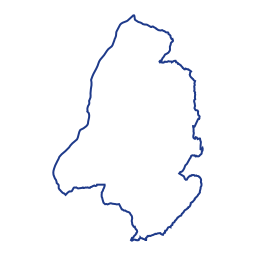 outline of Cantá, Roraima, Brazil
{"feature_id": "56859067B96809433699135", "entity_name": "Cantá", "entity_type": "district", "adm_level": 2, "iso_a3": "BRA", "parent_name": "Brazil", "parent_adm1": "Roraima", "projection": "natural_earth1", "projection_center": [-60.462, 2.296], "detail": "fine", "context": "isolated", "style": "outline", "palette": "blue", "viewbox_px": 256, "rotation_deg": 0, "n_neighbors": 0, "source": "geoboundaries", "source_scale": "gbopen_adm2", "svg_char_len": 5876}
<svg xmlns="http://www.w3.org/2000/svg" viewBox="0 0 256 256"><path d="M89.1,100.9L89.3,102.9L89.2,103.9L88.7,105.0L88.0,106.1L87.4,108.3L87.4,110.2L87.6,110.8L87.3,111.5L88.7,113.0L89.0,114.0L89.2,115.3L89.1,117.3L88.2,121.4L88.0,123.3L87.6,124.6L86.3,126.2L83.5,128.3L80.9,129.6L80.1,130.2L79.3,131.9L77.8,137.6L77.0,139.4L72.3,143.4L70.4,145.5L69.1,147.4L65.4,151.1L61.6,154.3L59.4,156.8L58.4,159.2L57.5,160.8L55.2,165.5L54.1,168.6L53.5,170.8L53.3,172.5L53.5,174.8L54.6,177.7L55.0,178.6L55.9,179.8L56.5,181.5L56.7,183.0L58.4,184.6L58.7,185.4L58.7,188.1L59.0,188.7L59.6,189.7L60.2,190.1L61.2,191.4L61.7,191.8L62.4,192.6L63.5,193.3L64.3,193.5L65.6,194.9L67.7,192.6L69.4,191.4L70.0,191.5L71.5,191.3L71.9,191.0L73.7,187.8L74.2,187.5L75.3,187.6L76.2,187.4L77.7,188.3L78.3,188.4L81.9,187.9L82.9,187.5L83.3,188.0L84.5,187.9L85.4,187.5L86.9,187.6L87.5,187.4L88.8,187.8L90.0,187.8L90.5,187.1L91.6,186.9L92.4,186.3L94.3,185.5L94.8,185.8L95.4,186.0L96.2,185.8L96.6,185.6L97.0,184.7L104.6,184.7L104.7,185.7L104.0,187.9L103.2,189.4L102.9,190.6L101.7,192.6L101.8,193.8L101.6,194.6L101.7,196.9L102.1,197.5L102.5,199.3L103.5,202.7L105.1,204.2L106.5,204.0L107.6,204.4L110.3,203.3L111.5,203.4L112.3,203.7L115.6,204.1L116.9,204.4L119.1,204.1L121.8,209.4L122.3,209.4L124.0,210.6L125.2,210.5L126.6,211.5L128.8,212.2L129.7,212.8L130.3,213.8L130.6,214.5L131.5,215.5L131.9,216.4L132.2,218.2L131.7,221.0L132.1,222.7L132.3,224.6L133.2,225.7L133.5,226.5L134.0,226.9L134.8,226.8L134.8,227.4L135.6,228.7L135.8,229.3L136.2,229.5L136.9,230.3L137.2,231.7L136.8,232.6L136.3,233.0L136.3,233.7L135.8,234.1L135.3,235.0L134.4,235.7L133.7,236.6L133.4,237.4L132.7,237.9L132.0,237.9L131.0,240.1L131.7,240.6L132.4,240.5L132.8,239.9L133.4,239.9L134.1,239.6L135.0,239.6L135.6,240.0L136.4,240.2L136.9,240.0L137.5,240.3L138.7,240.1L139.2,238.7L139.8,238.5L140.2,238.0L140.3,237.4L140.8,238.0L141.2,238.2L142.5,238.4L143.2,239.0L144.2,239.1L145.4,240.0L146.1,240.0L146.2,238.9L146.0,238.0L147.1,236.9L147.4,236.3L148.0,235.9L148.5,236.2L149.5,235.8L150.3,236.0L152.4,235.1L153.3,234.9L154.3,234.3L154.9,234.2L155.3,233.8L156.2,234.0L157.7,233.4L159.8,233.1L160.4,233.1L160.7,233.8L162.3,234.7L163.0,234.8L163.3,233.9L164.1,233.0L164.9,232.8L165.1,232.0L164.9,231.5L165.2,230.7L166.1,230.6L166.6,230.2L168.1,227.5L169.3,227.0L169.9,226.9L170.5,227.2L170.5,226.6L171.5,225.3L172.3,225.0L172.5,224.4L172.5,223.4L173.2,222.7L173.9,222.5L174.4,222.1L175.1,220.6L175.5,220.4L176.4,219.4L177.6,217.5L178.2,217.4L178.5,216.9L180.2,215.8L181.2,215.5L181.9,213.7L182.5,213.4L183.0,212.7L183.6,212.2L183.9,211.4L185.0,210.1L186.7,209.2L187.4,208.3L188.1,208.1L188.3,207.2L189.4,206.8L190.3,205.5L190.4,204.7L190.7,204.2L190.7,203.1L191.9,202.1L192.4,202.1L194.8,199.3L194.7,198.7L195.2,198.1L196.1,197.4L196.4,196.9L197.1,196.4L197.9,195.3L198.1,194.7L199.1,193.7L199.5,193.0L199.9,192.5L199.8,191.6L200.6,188.4L200.6,187.3L201.4,185.8L201.5,184.6L201.4,183.2L201.0,182.8L200.9,181.3L201.1,180.4L201.0,179.3L199.9,177.4L199.2,177.1L199.0,176.6L198.5,176.2L196.8,175.9L196.3,175.5L194.9,175.8L194.3,175.2L193.2,175.0L192.6,175.2L192.0,175.0L190.9,175.9L190.2,175.7L189.6,176.4L189.0,176.5L187.4,178.4L187.0,179.5L185.9,179.8L184.8,178.8L184.3,177.3L183.8,176.3L179.2,173.5L180.3,172.0L181.2,171.9L181.9,171.5L182.4,171.2L183.0,170.4L184.1,168.6L185.3,165.4L186.9,163.9L190.0,158.3L190.5,157.8L191.2,155.9L192.3,155.3L193.3,155.5L194.3,155.3L195.4,156.3L196.0,155.7L196.9,156.4L197.5,156.2L198.2,156.4L199.1,156.1L200.0,155.1L201.4,153.9L201.7,153.1L201.8,151.7L202.5,150.6L202.7,148.8L202.5,148.0L201.7,149.1L201.0,149.5L200.5,149.2L200.6,145.3L200.9,142.0L200.3,140.4L200.0,138.6L199.3,138.5L197.6,139.1L197.2,138.2L196.7,137.5L195.7,137.2L195.0,138.8L194.5,138.7L193.6,137.9L193.3,137.2L193.3,136.0L193.8,133.4L193.8,132.8L193.5,131.3L193.6,130.3L193.5,128.0L193.1,126.8L193.1,126.1L194.1,126.2L194.6,126.5L194.9,126.0L197.8,119.7L198.3,118.9L199.1,119.0L199.4,118.4L199.4,117.4L199.6,116.4L199.2,115.8L198.5,115.3L198.2,114.8L198.0,113.2L198.1,111.4L197.5,110.5L196.4,110.2L195.7,110.2L195.3,109.7L194.5,108.2L194.6,107.4L195.1,105.9L194.9,105.1L194.7,103.5L194.3,102.1L194.1,101.1L194.4,99.9L195.2,99.2L194.9,97.8L195.0,95.8L195.2,94.7L194.9,93.2L195.1,92.4L194.2,91.0L194.5,89.9L194.4,88.6L194.5,88.0L194.2,86.9L194.4,85.7L194.8,85.1L194.7,84.5L194.4,83.3L195.1,81.0L193.8,80.3L193.0,79.0L192.5,78.8L192.1,78.2L191.1,77.4L190.2,76.1L189.7,74.7L190.0,74.1L190.1,72.8L190.4,72.1L191.1,71.5L190.6,70.9L189.0,70.0L188.5,69.4L187.9,69.2L187.5,69.4L185.6,68.6L185.0,69.3L184.4,69.3L183.9,68.9L183.5,68.3L182.8,68.0L182.5,67.3L181.4,66.2L180.9,65.4L179.8,64.7L179.4,64.2L178.1,64.0L178.0,63.2L177.6,62.9L176.8,62.4L176.1,62.3L176.0,61.6L175.6,60.8L174.9,60.8L173.9,61.0L171.9,62.2L171.8,61.6L169.0,61.4L168.4,61.2L167.0,61.9L165.5,61.9L165.0,61.6L164.6,61.7L163.7,62.6L162.4,62.6L162.0,62.2L161.5,62.4L160.9,62.1L160.0,62.4L159.5,61.6L159.8,61.1L160.4,60.6L161.3,60.4L161.9,59.9L162.2,58.8L162.6,58.1L163.5,57.1L165.1,54.5L167.0,53.6L167.5,53.1L168.3,52.8L169.6,50.9L170.0,49.9L169.9,46.6L170.6,44.9L170.9,43.1L171.4,42.4L172.8,41.3L173.0,40.5L172.5,39.0L171.9,39.3L171.4,38.8L170.5,36.9L170.5,35.8L169.6,34.7L168.6,34.2L168.4,33.0L167.9,32.4L166.4,32.4L165.8,32.2L164.5,31.2L163.5,30.9L162.1,30.1L160.7,30.5L158.3,30.1L157.2,29.2L156.5,29.1L156.0,28.3L153.8,27.1L153.2,26.6L152.2,26.5L151.6,27.0L150.9,27.0L147.2,24.8L145.9,24.5L145.1,24.6L142.9,24.1L142.2,23.5L140.6,22.6L138.4,22.0L135.3,20.0L134.9,19.5L134.4,16.0L134.1,15.4L133.3,15.4L127.6,20.6L126.8,21.1L122.7,22.7L121.2,23.6L120.1,24.7L116.6,31.4L116.3,32.2L116.0,35.8L115.4,37.6L114.7,39.0L114.2,40.7L112.5,45.2L111.7,46.4L108.3,49.1L106.8,51.0L104.1,55.1L100.3,59.6L99.2,61.4L98.5,63.2L97.6,65.8L96.3,68.6L93.5,73.8L92.4,76.3L91.1,79.9L91.5,82.4L91.5,85.2L90.9,88.9L90.5,93.3L90.6,95.5L90.5,97.4L89.9,99.0L89.1,100.9Z" fill="none" stroke="#1e3a8a" stroke-width="2"/></svg>